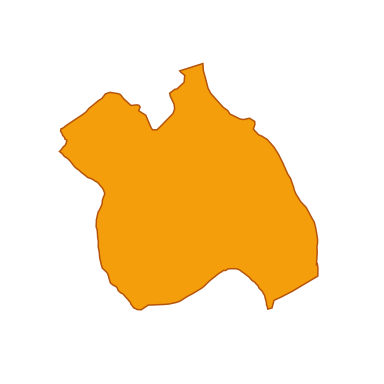 the district of Abu Tisht, Qina, Egypt, rotated 194°
{"feature_id": "37247803B97823956456767", "entity_name": "Abu Tisht", "entity_type": "district", "adm_level": 2, "iso_a3": "EGY", "parent_name": "Egypt", "parent_adm1": "Qina", "projection": "natural_earth1", "projection_center": [32.102, 26.129], "detail": "fine", "context": "isolated", "style": "filled", "palette": "amber", "viewbox_px": 384, "rotation_deg": 194, "n_neighbors": 0, "source": "geoboundaries", "source_scale": "gbopen_adm2", "svg_char_len": 3122}
<svg xmlns="http://www.w3.org/2000/svg" viewBox="0 0 384 384"><g transform="rotate(194 192 192)"><path d="M330.4,199.2L327.1,197.8L324.4,195.6L321.1,194.6L317.9,192.7L315.6,190.9L313.3,189.1L312.5,188.5L311.4,187.7L309.8,186.9L306.5,185.7L304.9,184.6L301.4,183.1L299.0,182.0L296.8,180.9L292.0,180.4L288.7,179.2L285.9,178.5L284.0,177.1L282.0,175.7L279.1,173.5L277.9,171.8L276.6,170.0L276.3,168.6L276.3,168.4L276.2,168.2L276.7,165.6L276.9,162.5L276.8,161.3L276.5,159.8L276.4,157.6L277.5,152.0L278.2,150.1L278.2,147.5L278.1,144.3L278.1,141.9L277.6,140.1L277.2,137.8L276.5,134.8L274.9,132.4L273.7,128.9L273.0,126.6L272.4,124.6L270.9,121.3L269.7,116.0L267.5,111.3L265.8,106.2L263.5,101.5L262.5,99.6L261.7,98.3L260.5,96.3L258.7,95.4L258.4,95.2L256.3,94.1L254.4,92.7L252.9,90.5L252.0,88.8L250.6,86.4L249.1,84.0L245.9,82.5L242.9,81.9L241.5,80.9L239.5,78.3L236.7,76.9L234.3,76.4L232.6,75.2L230.8,73.9L228.7,72.6L227.9,72.0L226.5,70.9L225.2,70.0L224.1,68.4L222.8,67.4L220.6,65.5L218.7,65.2L216.9,64.7L214.5,65.1L212.8,65.4L210.9,67.5L208.2,70.5L206.9,71.8L203.0,72.8L197.9,74.4L194.3,75.4L194.3,75.5L192.2,76.0L186.6,78.0L180.6,81.0L177.1,83.3L171.5,89.3L167.3,93.1L162.9,97.4L159.5,100.9L157.5,103.4L156.2,105.6L154.8,107.9L153.8,109.5L152.0,112.0L150.3,114.2L149.8,114.8L147.8,117.5L145.7,120.1L143.7,122.0L142.4,123.6L140.5,123.9L139.5,124.9L138.5,126.1L135.2,127.1L130.9,128.2L128.5,128.2L128.4,128.2L126.5,127.7L124.9,127.0L121.7,125.7L116.3,123.4L114.2,121.9L112.3,120.7L109.6,119.8L109.1,119.5L107.0,118.0L105.2,116.9L103.3,114.6L100.4,113.1L98.4,111.1L96.4,109.0L95.5,107.1L94.0,104.4L93.2,103.3L92.5,100.8L91.1,98.8L90.2,96.7L86.3,98.9L86.3,102.6L86.2,106.7L85.0,107.7L82.4,109.8L80.6,111.2L79.8,111.9L71.1,119.5L56.5,134.0L50.3,140.1L49.6,140.9L51.4,148.7L53.0,152.5L53.7,151.7L55.8,163.3L57.6,169.4L57.8,172.5L58.7,176.4L61.2,182.4L63.6,187.7L66.1,192.3L70.1,196.5L77.5,204.7L84.2,208.9L87.2,211.9L90.3,214.8L92.6,217.7L94.1,220.0L94.2,220.7L99.7,229.0L101.4,230.6L103.5,232.6L110.4,241.5L117.3,249.6L123.4,255.4L131.6,261.1L137.4,263.0L141.3,263.7L147.7,267.8L147.3,272.5L148.2,275.6L154.0,277.5L155.7,276.7L159.6,274.7L163.2,274.5L174.0,276.8L177.1,279.7L182.2,281.7L184.7,283.4L197.8,292.3L201.7,296.8L205.7,304.3L210.4,312.6L212.5,319.3L233.2,306.6L231.8,305.5L227.3,303.5L226.2,296.5L228.9,292.4L231.5,288.3L233.6,287.4L237.6,282.4L236.0,279.4L230.6,272.8L229.8,270.7L228.9,268.2L229.4,263.5L238.5,247.9L241.1,243.8L245.4,242.8L247.6,244.9L251.5,250.1L253.8,253.1L255.4,255.3L260.4,256.9L263.4,257.9L262.9,261.9L264.4,263.3L266.6,263.2L267.1,263.0L272.2,261.2L281.1,266.1L284.9,269.1L287.0,269.6L293.2,269.0L295.6,268.9L299.7,266.3L302.2,260.7L304.7,258.3L309.6,251.6L311.3,249.4L312.2,248.2L312.5,247.7L313.3,245.9L314.2,244.0L316.0,241.7L318.0,239.4L319.5,237.8L319.9,237.4L322.5,234.5L323.9,233.0L326.6,230.0L327.9,228.6L329.0,227.4L330.3,225.8L331.0,225.0L332.3,223.3L333.0,222.5L334.4,221.6L334.3,219.3L333.5,218.5L332.0,217.1L331.2,215.6L329.0,214.2L328.2,212.7L326.0,212.0L325.9,210.5L325.8,209.7L326.4,206.5L327.7,204.9L329.0,201.6L330.4,199.2Z" fill="#f59e0b" stroke="#b45309" stroke-width="1.5"/></g></svg>